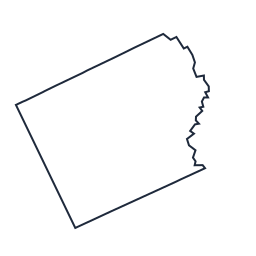 outline of Ashley, Arkansas, United States of America, rotated 154°
{"feature_id": "52423323B23715920537836", "entity_name": "Ashley", "entity_type": "district", "adm_level": 2, "iso_a3": "USA", "parent_name": "United States of America", "parent_adm1": "Arkansas", "projection": "equal_earth", "projection_center": [-91.919, 33.202], "detail": "fine", "context": "isolated", "style": "outline", "palette": "slate", "viewbox_px": 256, "rotation_deg": 154, "n_neighbors": 0, "source": "geoboundaries", "source_scale": "gbopen_adm2", "svg_char_len": 763}
<svg xmlns="http://www.w3.org/2000/svg" viewBox="0 0 256 256"><g transform="rotate(154 128 128)"><path d="M55.1,197.1L86.6,197.4L87.1,197.4L107.2,197.3L139.5,197.6L144.7,197.4L173.7,197.7L174.0,197.7L176.4,197.7L178.7,197.7L186.6,197.7L188.6,197.6L192.0,197.6L208.0,197.6L210.9,197.8L218.6,197.9L219.2,61.3L179.3,60.5L107.9,58.7L103.0,58.7L76.4,58.1L77.2,61.9L84.4,65.3L81.9,68.4L82.6,72.9L77.1,78.4L80.8,85.7L79.8,92.3L71.2,94.0L73.4,98.1L66.2,101.9L62.4,100.8L63.7,105.1L61.9,108.4L53.8,110.8L54.6,115.0L51.0,114.1L50.0,119.4L46.3,122.1L42.7,120.4L42.9,126.3L39.2,125.6L37.2,130.0L38.6,138.0L36.8,141.9L44.0,143.9L43.3,152.9L39.1,157.6L38.1,165.5L39.0,175.0L43.0,175.0L44.6,188.6L51.0,188.6L55.1,197.1Z" fill="none" stroke="#1e293b" stroke-width="2"/></g></svg>